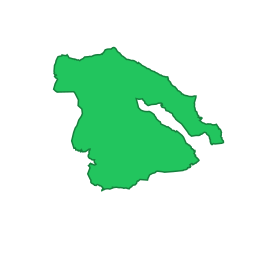 outline of Pietroasa, Bihor, Romania, rotated 204°
{"feature_id": "2599482B17260898829411", "entity_name": "Pietroasa", "entity_type": "district", "adm_level": 2, "iso_a3": "ROU", "parent_name": "Romania", "parent_adm1": "Bihor", "projection": "robinson", "projection_center": [22.598, 46.593], "detail": "fine", "context": "isolated", "style": "filled", "palette": "green", "viewbox_px": 256, "rotation_deg": 204, "n_neighbors": 0, "source": "geoboundaries", "source_scale": "gbopen_adm2", "svg_char_len": 5810}
<svg xmlns="http://www.w3.org/2000/svg" viewBox="0 0 256 256"><g transform="rotate(204 128 128)"><path d="M163.4,191.5L164.2,192.2L165.0,192.4L166.0,193.1L167.0,193.1L168.2,193.4L169.3,193.9L171.1,195.3L172.7,195.9L173.7,195.8L174.7,195.0L175.5,193.3L178.1,192.1L179.1,191.5L180.6,190.1L180.9,187.4L181.3,186.3L182.0,185.2L181.7,184.8L182.3,184.6L182.8,184.1L184.1,183.1L185.0,182.9L187.4,181.5L188.7,180.5L190.5,178.4L192.0,177.9L193.2,177.0L196.5,175.2L197.2,173.2L198.8,171.3L199.5,169.9L201.2,170.0L201.8,169.5L202.3,169.3L203.8,169.5L204.7,168.9L205.1,169.2L206.2,168.8L209.1,168.4L210.1,168.1L210.8,168.3L211.5,169.0L213.4,170.1L213.7,169.1L215.8,168.3L218.0,167.9L217.8,166.9L220.2,165.3L221.0,164.4L221.1,160.5L220.5,157.7L220.6,155.3L218.6,149.7L217.7,148.7L217.9,148.1L217.8,147.8L216.5,147.0L215.9,146.9L215.5,147.4L214.9,147.1L215.1,146.7L215.9,146.1L216.1,145.3L214.4,144.4L213.1,144.4L212.2,143.9L212.5,138.8L211.7,133.2L209.2,132.3L207.4,132.0L192.3,139.1L190.6,138.3L184.7,133.5L182.7,128.2L177.9,126.6L175.5,122.6L175.4,119.8L176.2,115.2L175.6,109.5L176.2,106.6L175.8,101.8L174.2,93.3L169.1,87.5L167.9,88.2L166.6,86.7L166.3,87.0L165.8,87.2L164.9,87.2L164.4,87.0L164.1,87.4L163.9,87.0L163.3,87.5L162.5,87.7L162.2,88.3L162.1,87.3L162.0,87.1L161.5,87.0L161.3,87.4L161.7,88.7L161.6,88.9L161.2,88.9L160.3,87.8L159.7,87.8L157.2,89.2L155.1,92.7L154.1,93.3L153.9,92.4L154.1,91.4L154.0,90.4L153.0,88.7L153.3,87.5L153.1,86.6L152.6,85.6L150.9,84.6L149.6,84.8L147.9,84.3L145.7,85.3L145.7,84.5L144.4,82.6L143.1,82.3L142.5,81.7L143.5,80.6L145.0,80.4L146.3,80.5L146.5,80.1L147.8,80.5L148.3,79.4L148.1,78.9L148.8,77.6L146.9,76.7L146.5,75.9L146.1,69.7L141.8,66.0L140.7,65.3L139.9,63.4L139.1,62.9L138.1,62.7L137.4,62.8L136.8,62.5L135.6,62.4L135.3,62.1L133.7,62.6L133.4,63.6L133.0,63.9L131.2,64.0L130.6,63.7L129.9,64.1L128.0,63.8L127.0,63.1L126.1,62.8L126.6,60.7L126.5,60.2L126.4,60.1L125.6,61.4L125.0,61.7L124.5,62.6L123.0,63.7L121.4,64.5L120.3,64.7L119.6,65.0L117.4,67.2L117.8,67.6L116.6,67.9L114.5,69.2L112.7,69.6L111.5,70.0L111.0,70.4L108.5,71.2L107.5,71.2L105.3,72.5L104.1,72.5L102.2,72.9L101.7,74.9L101.2,75.3L100.8,75.9L100.5,77.4L99.9,78.0L98.6,78.8L98.3,79.1L98.2,79.6L97.8,80.5L97.7,81.3L98.0,82.4L97.9,83.1L97.7,83.5L97.0,83.7L96.2,85.8L89.0,88.4L89.3,90.1L89.2,94.0L87.6,96.0L87.4,96.4L85.5,97.8L84.8,98.7L84.7,99.6L83.6,100.5L79.0,102.0L76.7,102.5L69.1,106.6L60.4,111.6L60.1,112.2L58.0,113.7L57.0,115.2L57.3,116.0L56.8,116.3L56.6,116.6L55.6,116.9L55.2,117.5L55.6,118.0L55.2,118.8L56.5,119.5L55.7,120.9L55.2,121.5L54.4,120.9L54.2,121.3L53.7,121.0L52.5,122.7L52.4,123.1L51.5,123.7L51.5,124.3L50.9,125.2L50.0,127.2L50.4,127.7L51.6,128.3L52.5,128.4L52.7,128.5L52.8,128.8L54.8,129.3L54.8,129.5L55.3,129.7L55.1,130.3L55.2,130.6L55.8,130.7L57.4,131.7L57.1,132.3L57.3,132.8L57.2,133.1L57.5,133.2L57.3,134.2L57.9,134.7L58.3,134.2L58.8,134.0L59.6,134.9L60.3,134.9L60.8,135.2L61.5,134.8L62.2,135.3L62.3,136.0L62.8,136.5L64.0,136.8L64.4,137.2L64.9,137.3L65.1,137.3L65.5,137.0L66.8,137.5L68.1,137.7L68.5,137.5L73.5,142.1L75.6,143.2L81.9,145.0L82.4,145.0L82.4,144.3L82.8,143.9L85.1,144.4L86.4,143.9L87.4,144.0L88.2,144.6L91.4,145.2L91.9,145.4L93.1,144.7L94.8,145.0L99.4,145.0L99.7,145.2L101.0,146.7L102.8,146.9L105.8,147.9L106.7,148.9L109.0,150.2L109.6,150.9L113.3,151.7L114.0,151.6L114.5,151.8L115.5,151.7L117.0,150.8L119.5,149.9L121.6,149.6L123.8,149.6L127.0,151.0L127.3,151.7L132.5,158.2L129.7,158.7L126.6,160.5L125.6,159.6L123.7,159.0L123.1,158.5L122.9,157.9L122.7,157.6L121.4,157.3L120.9,157.3L120.0,156.9L118.7,156.7L116.1,159.0L111.9,161.3L110.4,163.0L108.2,164.1L107.4,164.3L106.6,163.9L107.2,163.2L107.2,162.6L106.2,162.9L105.9,162.7L106.8,162.1L105.9,161.0L104.8,160.9L102.5,161.4L101.0,160.1L100.4,159.4L97.6,159.8L95.8,159.3L94.2,159.4L93.2,159.1L91.9,157.6L90.6,156.9L89.9,156.8L87.9,155.4L85.6,154.7L80.7,153.6L71.9,148.7L70.0,147.3L66.7,146.4L62.8,148.9L60.2,150.0L59.2,151.1L59.3,151.7L58.1,152.4L57.8,152.9L57.0,154.5L56.4,155.2L54.7,155.4L53.5,154.4L51.0,153.8L49.5,152.3L49.3,151.7L48.1,150.9L48.2,150.5L47.5,149.8L47.4,149.3L47.0,148.9L47.1,148.7L46.3,148.1L46.2,147.7L45.7,147.7L45.4,147.2L45.1,147.3L45.1,147.2L44.5,147.0L43.6,148.5L42.1,148.8L39.3,150.4L36.2,152.2L34.9,153.5L35.6,154.9L37.4,155.7L37.7,156.3L38.2,156.6L38.3,157.3L39.3,157.6L40.1,158.4L39.9,158.7L39.9,159.4L40.8,161.1L40.8,162.0L41.7,162.8L42.0,163.3L42.8,164.0L43.6,164.4L44.2,164.5L44.5,164.0L45.1,164.3L45.5,165.3L46.9,166.0L48.7,167.3L50.2,166.1L51.5,165.5L52.3,165.2L53.7,165.3L54.8,165.1L55.6,164.4L56.6,164.4L57.3,163.7L58.5,163.1L60.1,163.3L62.3,163.1L65.5,164.0L65.1,164.4L64.4,167.1L64.6,167.3L65.3,167.1L65.5,166.8L65.5,166.5L66.4,165.9L66.5,166.0L66.1,166.6L66.4,166.8L66.3,167.1L67.2,166.8L67.4,166.5L68.2,166.4L68.1,167.1L68.3,167.7L68.8,167.7L69.0,168.1L69.8,168.3L70.7,169.2L70.8,169.7L71.7,170.4L71.9,170.8L73.4,171.0L75.0,173.5L75.9,174.3L77.0,177.1L77.3,177.5L77.6,177.6L78.4,183.4L78.9,184.8L80.4,184.2L80.7,183.8L81.3,183.6L81.9,182.9L85.0,181.7L87.7,181.4L88.2,181.1L88.9,181.1L90.2,180.8L90.8,181.1L92.4,181.2L92.9,180.9L93.6,181.7L94.6,182.1L96.4,182.5L97.7,182.4L98.6,182.9L98.8,183.2L101.8,184.7L102.5,184.6L103.1,184.7L103.4,184.5L105.5,185.2L106.5,185.8L106.9,185.8L107.0,186.4L107.7,186.7L107.9,187.1L110.9,188.3L111.1,188.5L111.0,189.2L111.7,189.7L112.2,190.7L112.6,190.8L113.8,190.3L114.5,189.9L115.2,190.0L117.0,189.5L119.4,189.6L119.5,189.8L120.4,189.4L121.1,189.4L121.9,189.8L122.6,189.7L123.3,190.0L123.9,189.9L125.5,189.9L126.8,190.3L128.4,189.9L129.3,190.0L130.1,189.8L132.2,190.5L132.7,190.3L133.0,190.4L134.2,190.4L134.8,190.0L136.5,190.6L141.2,190.9L141.8,191.3L145.0,192.0L144.9,191.3L145.1,191.0L145.8,191.0L147.6,191.7L150.1,191.9L151.3,191.6L152.1,191.1L155.6,190.7L157.4,190.0L158.2,190.5L161.7,191.4L163.4,191.5Z" fill="#22c55e" stroke="#15803d" stroke-width="1.5"/></g></svg>